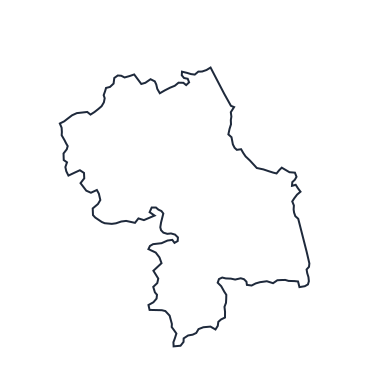 Ribeira, São Paulo, Brazil, rotated 60°
{"feature_id": "56859067B1551247382346", "entity_name": "Ribeira", "entity_type": "district", "adm_level": 2, "iso_a3": "BRA", "parent_name": "Brazil", "parent_adm1": "São Paulo", "projection": "robinson", "projection_center": [-49.03, -24.604], "detail": "fine", "context": "isolated", "style": "outline", "palette": "slate", "viewbox_px": 384, "rotation_deg": 60, "n_neighbors": 0, "source": "geoboundaries", "source_scale": "gbopen_adm2", "svg_char_len": 2812}
<svg xmlns="http://www.w3.org/2000/svg" viewBox="0 0 384 384"><g transform="rotate(60 192 192)"><path d="M246.0,97.9L241.7,98.4L237.6,98.6L236.6,102.3L233.6,100.2L232.8,96.8L231.1,93.9L226.7,93.2L223.6,97.7L215.8,102.1L216.7,105.5L218.2,109.5L215.7,112.1L212.4,115.1L208.1,118.9L203.6,123.9L193.7,126.1L188.0,127.8L184.0,128.1L179.5,128.1L177.9,132.1L175.0,133.0L171.2,132.8L164.3,130.4L160.3,131.7L156.2,128.0L152.9,124.4L149.1,122.4L146.4,120.2L142.3,118.5L139.5,113.1L136.8,115.2L123.1,115.0L93.5,113.7L93.6,118.5L92.7,123.1L90.9,126.3L91.7,130.9L89.4,133.9L86.4,136.7L82.8,140.5L85.8,142.5L89.3,141.9L91.8,139.1L95.6,139.7L96.5,143.6L93.1,144.9L90.6,149.0L91.4,153.8L90.7,158.8L90.4,164.6L90.4,170.5L85.3,170.5L81.0,169.2L77.6,168.9L73.6,171.5L74.1,177.8L73.1,181.9L61.3,183.3L60.4,188.0L59.1,193.1L55.9,195.2L54.0,198.0L54.4,202.3L58.9,205.7L60.0,210.5L58.9,214.4L61.1,216.7L64.0,220.1L67.1,220.7L70.3,223.5L72.5,227.4L73.3,231.7L74.0,236.6L74.2,241.2L70.3,242.7L68.3,247.3L66.1,252.3L65.6,257.5L66.3,263.0L66.9,267.4L66.6,272.2L71.2,272.8L75.0,274.7L77.7,276.5L83.4,276.5L86.9,276.7L90.1,276.7L92.4,279.1L94.4,284.0L100.2,287.1L103.8,285.4L107.1,289.2L111.2,290.5L116.0,290.8L116.6,283.4L117.1,278.2L121.5,276.0L126.3,278.5L128.6,284.1L138.0,282.9L142.1,279.9L142.7,273.4L146.9,273.5L153.1,275.4L155.4,279.5L156.6,286.2L162.5,289.3L165.7,288.6L172.9,285.1L175.4,283.2L179.5,277.4L181.1,273.5L182.2,268.0L184.1,263.5L190.2,256.8L188.1,251.6L192.3,247.7L193.7,236.2L188.3,238.8L185.3,234.7L187.4,231.0L190.5,229.9L193.2,228.0L196.3,227.6L203.0,234.1L206.7,237.1L209.6,237.9L212.9,237.1L215.9,234.3L217.4,230.9L220.4,228.0L224.3,226.9L227.3,228.9L227.3,232.6L223.6,233.0L221.8,237.5L221.1,244.0L217.7,251.8L217.7,255.4L219.7,258.3L226.3,253.7L232.4,252.9L238.4,254.0L240.9,264.8L250.1,264.5L253.5,267.6L254.8,273.0L260.4,274.3L263.5,273.7L266.6,276.0L268.2,280.6L268.1,286.2L272.9,287.7L279.3,277.2L281.8,274.6L287.9,273.2L296.2,275.4L298.8,277.1L302.3,276.7L306.8,276.3L310.4,280.3L312.8,283.2L316.5,285.1L319.4,278.8L317.6,274.3L314.6,272.4L314.3,267.1L315.9,262.7L316.2,258.8L314.0,254.9L314.8,249.8L317.8,243.3L322.8,240.4L320.8,236.6L317.6,234.1L316.9,230.6L317.2,226.2L312.3,223.3L307.7,221.3L305.0,218.0L301.8,215.9L298.2,213.7L294.5,213.9L288.2,213.8L283.4,215.1L280.9,212.2L281.2,208.6L283.7,206.0L286.5,201.6L289.4,198.4L291.1,192.9L293.5,190.6L296.9,189.7L299.9,190.9L302.8,187.1L303.0,182.6L304.1,178.2L306.7,171.8L311.5,167.4L311.1,162.2L313.2,158.1L314.8,155.2L317.3,152.8L320.4,147.8L322.5,144.9L328.1,146.5L330.0,141.4L330.0,137.8L327.7,135.4L323.9,133.7L319.9,132.8L316.4,131.5L315.3,128.1L312.6,126.1L304.4,123.6L301.1,122.6L268.3,113.4L264.6,114.6L260.9,113.9L257.9,112.7L254.6,110.5L250.3,109.9L248.6,106.6L246.8,102.3L246.0,97.9Z" fill="none" stroke="#1e293b" stroke-width="2"/></g></svg>